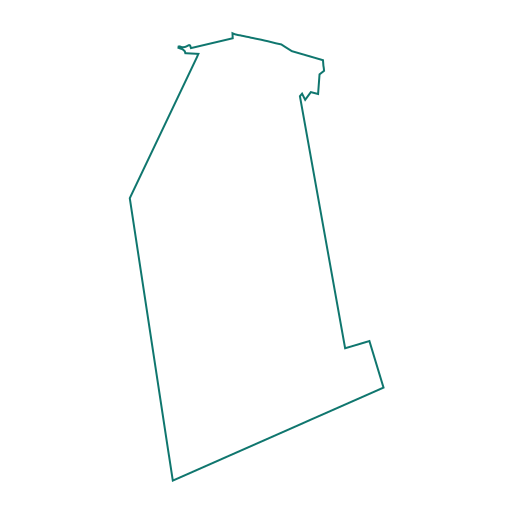 San Felipe de Jesús, Sonora, Mexico (Natural Earth projection), rotated 269°
{"feature_id": "50627088B39189981083600", "entity_name": "San Felipe de Jesús", "entity_type": "district", "adm_level": 2, "iso_a3": "MEX", "parent_name": "Mexico", "parent_adm1": "Sonora", "projection": "natural_earth1", "projection_center": [-110.249, 29.87], "detail": "fine", "context": "isolated", "style": "outline", "palette": "teal", "viewbox_px": 512, "rotation_deg": 269, "n_neighbors": 0, "source": "geoboundaries", "source_scale": "gbopen_adm2", "svg_char_len": 1013}
<svg xmlns="http://www.w3.org/2000/svg" viewBox="0 0 512 512"><g transform="rotate(269 256 256)"><path d="M122.2,381.2L169.0,367.9L162.2,343.5L415.0,302.7L417.5,304.9L411.3,307.9L418.9,313.7L416.9,320.9L436.5,322.7L440.0,327.3L443.2,327.0L445.1,326.7L450.6,326.4L460.2,295.4L464.8,288.4L467.1,285.0L468.3,279.7L470.6,271.3L471.2,268.6L472.2,264.8L472.7,262.4L473.4,259.1L473.7,257.9L474.0,256.7L474.3,255.0L474.5,254.2L474.7,253.7L475.0,252.6L475.5,249.9L475.8,248.8L476.1,247.5L476.3,246.6L476.5,245.5L476.9,244.2L477.0,243.2L477.3,241.6L477.6,240.6L477.8,239.8L478.0,239.0L478.4,238.0L478.6,237.5L479.1,236.4L474.1,236.5L465.0,194.6L467.6,193.8L468.0,193.1L467.9,192.3L467.3,191.2L466.6,189.7L466.2,188.5L466.0,186.7L466.1,185.4L466.9,183.4L466.8,182.3L465.5,182.1L465.3,182.7L464.7,184.1L464.2,185.7L463.5,186.8L462.9,187.4L461.9,188.4L460.0,188.9L459.1,201.9L455.8,200.4L316.0,130.8L62.2,164.9L56.5,165.7L32.9,168.9L88.2,300.4L91.4,307.9L122.2,381.2Z" fill="none" stroke="#0f766e" stroke-width="2"/></g></svg>